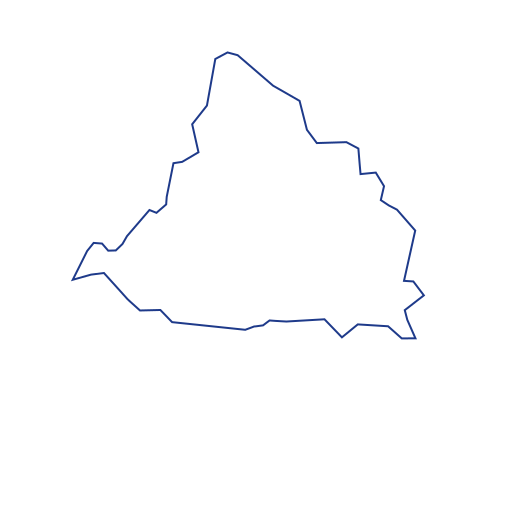 the district of Mat, Dibër, Albania, rotated 316°
{"feature_id": "67620474B55788488782298", "entity_name": "Mat", "entity_type": "district", "adm_level": 2, "iso_a3": "ALB", "parent_name": "Albania", "parent_adm1": "Dibër", "projection": "robinson", "projection_center": [19.995, 41.564], "detail": "fine", "context": "isolated", "style": "outline", "palette": "blue", "viewbox_px": 512, "rotation_deg": 316, "n_neighbors": 0, "source": "geoboundaries", "source_scale": "gbopen_adm2", "svg_char_len": 943}
<svg xmlns="http://www.w3.org/2000/svg" viewBox="0 0 512 512"><g transform="rotate(316 256 256)"><path d="M107.7,145.8L124.4,154.8L134.8,162.6L134.1,183.7L133.6,197.9L133.8,201.6L134.7,214.6L149.7,228.4L149.7,245.3L197.0,301.6L202.2,303.9L204.3,304.8L205.7,305.4L206.9,306.4L212.9,310.8L218.0,311.4L221.0,311.8L222.5,313.5L225.0,316.3L232.3,324.2L261.3,349.1L261.3,374.2L281.7,375.9L302.2,398.3L303.6,416.5L313.5,426.0L320.5,407.0L325.4,398.3L349.4,400.9L351.5,383.6L345.2,376.7L388.2,348.3L389.6,320.6L386.7,312.0L384.6,302.5L396.6,294.7L400.1,279.2L388.1,269.7L394.4,261.9L404.3,249.8L400.1,236.9L378.2,217.0L380.3,200.6L395.1,174.7L386.6,145.4L382.3,98.8L376.9,89.8L363.6,86.0L325.2,113.7L301.6,116.9L286.7,141.4L268.3,137.0L261.1,131.9L232.9,151.4L227.2,156.5L214.4,155.8L211.3,148.9L177.0,152.1L168.3,154.6L159.0,154.6L153.4,149.5L153.9,140.1L148.3,133.8L138.0,135.1L107.7,145.8Z" fill="none" stroke="#1e3a8a" stroke-width="2"/></g></svg>